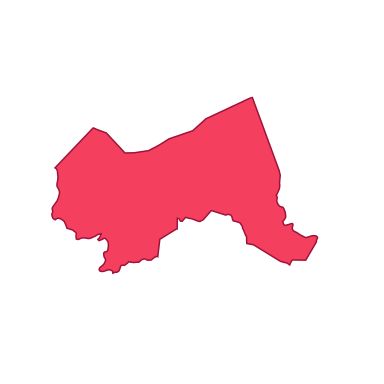 Pelouze, Praslin, Saint Lucia, rotated 26°
{"feature_id": "8701671B45915520468586", "entity_name": "Pelouze", "entity_type": "district", "adm_level": 2, "iso_a3": "LCA", "parent_name": "Saint Lucia", "parent_adm1": "Praslin", "projection": "natural_earth1", "projection_center": [-60.921, 13.879], "detail": "fine", "context": "isolated", "style": "filled", "palette": "rose", "viewbox_px": 384, "rotation_deg": 26, "n_neighbors": 0, "source": "geoboundaries", "source_scale": "gbopen_adm2", "svg_char_len": 5300}
<svg xmlns="http://www.w3.org/2000/svg" viewBox="0 0 384 384"><g transform="rotate(26 192 192)"><path d="M189.5,264.9L183.8,248.6L194.6,231.5L194.8,231.5L190.3,222.0L192.4,221.8L194.4,223.3L196.0,222.6L196.6,220.3L197.4,217.6L200.1,217.1L204.0,216.1L209.9,215.6L212.0,215.1L214.3,211.9L217.5,200.2L232.3,198.0L234.4,196.2L236.6,195.7L238.5,196.5L240.4,198.8L241.8,199.9L244.5,199.2L248.7,198.7L252.1,200.7L253.5,202.5L255.5,204.0L259.4,207.6L260.5,208.1L263.8,214.3L270.5,212.5L301.3,215.5L303.0,215.4L306.5,214.7L308.2,214.2L311.0,214.6L311.8,214.7L311.6,211.5L312.0,209.1L324.1,203.4L325.7,182.4L325.5,181.9L325.2,181.3L325.0,180.3L325.0,179.4L325.0,178.3L324.5,177.6L323.7,177.2L322.9,177.1L322.1,177.3L321.3,177.5L320.5,177.9L319.7,178.3L319.0,179.0L318.3,179.4L317.6,180.0L317.0,180.7L316.4,181.3L315.7,181.9L315.0,182.5L314.3,183.1L313.5,183.2L312.6,183.2L311.7,183.2L310.9,183.1L310.0,183.1L309.2,183.1L308.3,183.1L307.5,183.0L306.6,182.9L305.8,182.8L304.9,182.6L304.1,182.5L303.2,182.5L302.4,182.5L301.5,182.5L300.6,182.5L299.8,182.2L299.0,181.8L298.4,181.2L297.9,180.4L297.6,179.5L297.5,178.5L297.2,177.6L296.8,176.7L296.6,176.7L296.0,176.4L295.2,176.8L294.6,177.4L293.9,178.1L293.3,178.7L292.6,179.3L292.2,179.6L291.9,179.8L291.2,180.5L290.8,180.8L290.5,181.1L289.7,181.3L288.9,181.0L288.1,180.5L287.5,179.9L286.9,179.1L286.6,178.2L286.9,177.3L287.1,176.4L287.2,175.4L287.3,174.4L287.2,173.5L286.8,172.6L286.3,171.8L285.8,171.0L285.3,170.2L284.7,169.5L284.1,168.8L283.4,168.1L282.7,167.5L282.1,166.9L281.3,166.3L280.6,166.0L279.7,165.9L278.9,166.2L278.1,166.4L277.2,166.3L276.3,166.1L275.6,165.8L274.8,165.4L274.1,164.8L273.4,164.2L272.7,163.6L272.1,162.9L271.8,162.0L271.5,161.1L271.2,160.2L270.8,159.3L270.1,158.6L269.3,158.4L269.3,155.9L269.1,150.8L268.0,147.5L267.0,146.1L265.7,142.9L264.0,138.3L261.0,134.6L204.8,80.6L203.7,81.6L202.3,83.0L196.4,90.4L191.7,96.2L180.0,110.7L172.4,120.1L165.8,136.6L148.1,154.2L142.2,163.8L134.9,173.8L122.7,182.2L114.6,186.3L89.1,176.5L79.1,177.5L75.4,177.6L75.0,177.9L58.3,230.3L58.9,230.3L59.0,230.4L59.3,230.4L59.5,230.5L60.0,230.7L60.4,230.9L60.5,230.9L60.7,231.0L61.0,231.3L61.2,231.5L61.5,231.8L61.6,232.0L61.8,232.2L61.9,232.4L62.2,232.8L62.5,233.3L62.9,234.0L63.4,234.7L63.6,235.2L63.9,235.5L64.1,235.9L64.3,236.2L64.5,236.5L64.9,237.2L65.0,237.4L65.1,237.8L65.3,238.1L65.5,238.6L65.6,238.8L65.7,239.0L65.8,239.1L65.8,239.3L65.9,239.6L66.0,239.7L66.0,239.9L66.1,240.0L66.3,241.0L66.4,241.5L66.5,241.7L66.6,242.0L66.7,242.4L66.7,242.6L66.9,243.1L66.9,243.3L67.0,243.5L67.1,243.8L67.1,244.0L67.3,244.3L67.4,244.6L67.5,244.8L67.7,245.1L67.9,245.4L67.9,245.6L68.1,245.7L68.2,245.9L68.3,246.0L68.5,246.3L68.9,246.6L69.1,246.7L69.2,246.8L69.4,247.0L69.5,247.0L69.9,247.3L70.1,247.4L70.5,247.7L70.6,247.8L71.0,248.1L71.2,248.3L71.3,248.4L71.5,248.5L71.9,248.9L72.1,249.1L72.2,249.3L72.6,249.6L72.8,250.0L73.0,250.3L73.3,251.0L73.5,251.3L73.5,251.5L73.6,251.8L73.6,252.0L73.7,252.3L73.8,252.5L73.9,253.2L74.0,253.6L74.1,253.8L74.1,254.0L74.2,254.4L74.2,254.7L74.3,254.9L74.4,255.3L74.4,255.5L74.5,256.0L74.5,256.4L74.5,257.0L74.6,258.1L74.6,258.4L74.6,259.3L74.6,259.5L74.5,259.9L74.5,260.1L74.5,260.3L74.4,260.4L74.4,260.6L74.4,260.8L74.2,261.7L74.1,262.1L74.1,262.4L74.0,262.9L74.0,263.1L73.9,263.3L73.9,263.5L73.8,264.0L73.8,264.5L73.7,264.8L73.6,265.0L73.6,265.3L73.5,265.5L73.5,265.8L73.4,266.1L73.4,266.3L73.4,267.2L73.4,267.4L73.4,267.6L73.5,267.8L73.5,268.0L73.7,268.4L73.8,268.5L74.0,268.8L74.2,269.1L74.5,269.4L74.6,269.6L74.8,269.8L75.0,269.9L75.2,270.3L75.3,270.4L75.4,270.6L75.5,271.0L75.6,271.4L75.6,272.2L75.7,272.4L75.7,272.6L75.7,272.8L75.7,273.0L75.8,273.2L75.8,273.3L75.8,273.5L76.0,273.7L76.0,273.8L76.2,274.1L76.3,274.2L76.4,274.4L76.5,274.5L76.7,274.8L76.8,275.0L77.1,275.2L77.2,275.3L77.4,275.5L77.5,275.7L77.8,275.9L78.0,276.1L78.2,276.3L78.4,276.4L78.5,276.5L78.8,276.6L79.0,276.6L79.5,276.8L80.0,276.9L80.2,277.0L80.4,277.0L80.5,277.0L81.0,277.0L81.1,276.9L81.3,276.8L81.4,276.7L81.6,276.2L81.8,275.9L81.9,275.7L82.1,275.3L82.2,275.0L82.4,274.8L82.5,274.7L82.9,274.4L83.2,274.2L83.4,274.2L83.9,274.0L84.1,273.9L84.3,273.9L84.7,273.9L84.9,273.8L86.7,273.8L86.9,273.8L87.3,273.8L87.5,273.8L87.8,273.9L88.1,273.9L88.3,274.0L88.6,274.0L88.8,274.1L89.1,274.2L89.3,274.2L89.4,274.3L89.6,274.4L89.8,274.4L90.0,274.5L90.3,274.6L90.6,274.8L90.7,275.0L92.3,276.3L93.3,277.2L95.7,279.5L97.5,279.0L101.5,278.5L103.1,278.9L105.1,279.2L106.3,280.1L106.9,282.2L108.6,285.0L110.7,284.5L112.6,282.1L114.5,280.8L115.7,280.3L119.2,279.3L120.9,278.2L124.5,274.0L126.0,271.5L128.7,269.4L128.9,270.8L129.0,273.1L128.2,275.9L129.2,276.4L130.0,276.4L130.7,275.4L131.9,274.1L133.4,272.0L134.7,271.8L137.1,272.8L138.6,273.8L140.3,276.7L141.7,280.6L141.5,283.1L139.9,284.0L139.4,285.4L139.7,286.4L141.5,288.9L142.9,289.8L144.3,291.1L144.5,294.5L144.1,296.4L142.4,300.2L142.4,302.3L143.8,303.4L145.1,303.2L146.6,302.6L147.5,301.9L149.8,299.7L151.3,298.3L153.9,297.7L155.4,298.1L156.4,299.6L156.5,299.7L157.6,298.3L160.0,296.7L161.0,294.7L160.9,293.9L160.8,292.5L160.4,289.9L161.0,288.5L163.5,287.5L165.3,284.0L165.6,282.5L167.8,281.9L169.2,281.3L170.3,281.1L173.3,279.2L174.9,278.5L176.7,274.5L178.9,272.8L181.9,272.8L185.0,271.2L186.4,268.4L187.1,266.8L189.0,265.1L189.0,264.7L189.5,264.9Z" fill="#f43f5e" stroke="#9f1239" stroke-width="1.5"/></g></svg>